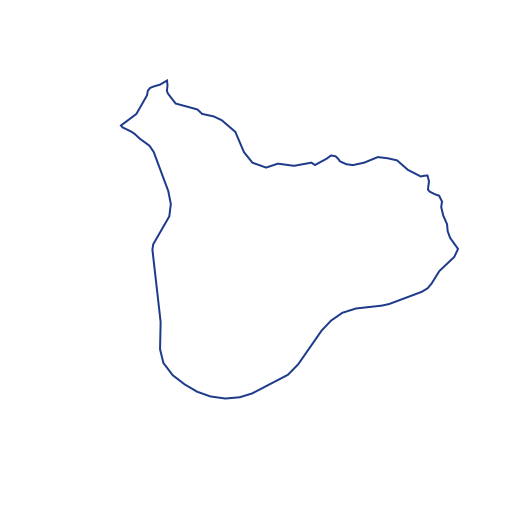 SVG path tracing the border of Taranaki, rotated 296°
{"feature_id": "NZL-3405", "entity_name": "Taranaki", "entity_type": "Regional Council", "adm_level": 1, "iso_a3": "NZL", "parent_name": "New Zealand", "parent_adm1": "", "projection": "albers", "projection_center": [174.624, -39.283], "detail": "fine", "context": "isolated", "style": "outline", "palette": "blue", "viewbox_px": 512, "rotation_deg": 296, "n_neighbors": 0, "source": "natural_earth", "source_scale": "10m", "svg_char_len": 1223}
<svg xmlns="http://www.w3.org/2000/svg" viewBox="0 0 512 512"><g transform="rotate(296 256 256)"><path d="M350.9,434.5L342.1,434.6L322.9,427.4L308.3,425.9L302.2,424.4L296.5,420.7L271.1,396.6L266.6,390.9L252.6,368.8L242.8,358.5L230.9,351.8L217.9,347.7L177.2,341.4L163.3,336.8L130.7,312.7L121.9,303.3L114.5,291.0L109.8,276.7L108.2,262.5L109.3,248.3L112.3,233.5L119.3,219.6L130.2,210.6L154.9,199.2L216.3,160.1L221.5,158.5L253.6,160.7L265.3,156.7L275.9,148.7L304.7,118.4L308.4,111.9L310.4,100.6L312.6,93.2L313.1,89.2L313.1,79.6L314.1,77.4L331.2,86.2L352.5,87.6L357.3,86.3L360.7,87.2L363.6,89.8L368.0,94.7L374.7,99.1L370.5,101.7L365.4,103.5L364.1,104.8L363.2,106.0L357.8,116.9L360.1,128.9L362.0,139.1L360.1,145.3L362.9,156.7L363.0,165.7L358.5,183.0L344.1,199.6L338.3,211.9L339.9,226.3L348.6,235.2L353.7,250.6L364.2,264.9L363.6,269.1L374.4,276.8L379.3,279.4L380.5,283.9L379.4,287.1L377.9,290.1L378.1,297.0L380.2,303.3L387.3,312.3L398.3,322.1L401.6,331.6L403.8,340.9L400.0,354.8L399.7,369.2L401.7,371.8L403.5,374.8L398.9,378.8L393.6,380.5L391.1,381.5L390.0,383.8L389.9,389.8L390.5,394.1L386.5,399.3L381.2,401.0L374.3,406.7L368.3,413.8L362.3,417.4L357.4,422.5L350.9,434.5Z" fill="none" stroke="#1e3a8a" stroke-width="2"/></g></svg>